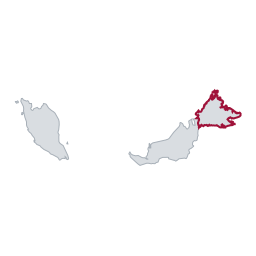 Sabah highlighted on a map of Malaysia
{"feature_id": "MYS-1186", "entity_name": "Sabah", "entity_type": "State", "adm_level": 1, "iso_a3": "MYS", "parent_name": "Malaysia", "parent_adm1": "", "projection": "mercator", "projection_center": [117.356, 5.751], "detail": "fine", "context": "in_parent", "style": "outline", "palette": "rose", "viewbox_px": 256, "rotation_deg": 0, "n_neighbors": 0, "source": "natural_earth", "source_scale": "10m", "svg_char_len": 9058}
<svg xmlns="http://www.w3.org/2000/svg" viewBox="0 0 256 256"><path d="M221.1,127.4L219.7,127.1L217.7,125.9L215.7,125.5L209.8,125.4L209.0,125.1L207.8,125.8L205.8,125.2L204.6,125.2L203.3,126.0L201.4,125.3L200.5,126.4L199.4,127.1L198.1,130.0L197.8,133.5L198.1,135.7L197.5,136.9L197.2,139.4L196.8,140.4L195.1,140.9L194.4,140.5L192.9,142.0L192.6,142.7L192.5,145.0L193.6,145.8L193.6,146.3L191.2,148.3L189.1,149.4L188.8,150.4L189.6,152.5L189.3,153.5L188.2,154.0L187.3,156.7L186.4,158.4L186.0,158.6L184.5,158.1L179.0,158.8L177.3,160.2L175.8,161.1L174.5,160.3L173.9,160.3L168.7,158.8L168.5,157.5L168.0,157.3L162.6,157.4L159.3,158.8L158.0,162.1L156.3,162.5L154.9,163.7L152.6,163.5L151.2,163.8L149.0,163.3L146.8,163.2L140.0,165.4L137.8,163.8L131.2,157.8L130.2,156.7L130.0,154.9L129.3,154.5L129.0,154.1L128.9,153.5L129.9,152.0L131.0,153.9L132.6,155.0L135.5,155.8L138.2,155.5L141.9,157.5L143.2,157.8L144.5,157.7L146.8,159.2L148.2,159.3L146.3,158.2L146.0,157.4L146.2,156.5L147.4,155.3L147.6,153.4L148.5,151.6L148.7,150.7L148.1,150.0L147.9,148.9L148.4,147.3L149.7,148.1L150.8,147.9L150.7,145.0L151.5,143.8L152.8,142.9L165.6,140.0L167.7,139.3L169.1,138.5L173.7,132.3L179.2,126.5L180.0,124.5L179.9,123.0L180.2,122.7L180.8,122.5L182.0,123.3L182.7,123.8L183.8,126.3L184.9,126.4L186.7,128.8L187.1,129.1L187.6,128.9L189.0,127.4L189.4,126.3L189.1,126.1L189.7,124.8L189.2,124.0L188.7,121.1L191.9,119.0L191.9,121.4L192.8,124.8L194.4,125.3L195.2,125.1L194.8,124.1L194.6,122.0L194.2,120.7L193.2,119.0L195.9,118.6L197.9,116.7L198.2,115.6L196.9,114.9L196.4,114.0L196.4,113.1L198.5,110.9L198.7,111.5L200.1,111.7L200.7,111.6L201.6,110.7L202.1,109.5L203.7,107.6L204.6,104.8L208.7,100.3L212.0,94.8L212.6,95.3L212.8,96.7L212.1,99.3L213.5,98.7L216.0,95.1L217.4,95.7L217.3,96.7L217.9,98.5L221.9,100.8L222.5,103.1L221.6,104.0L221.9,106.3L221.6,107.0L220.3,107.6L223.9,107.0L226.0,105.7L227.3,107.9L225.2,108.7L225.7,109.7L227.7,109.1L228.9,108.4L230.0,108.5L231.9,109.4L232.5,109.9L232.8,111.0L234.2,111.4L237.0,112.9L239.5,112.9L240.4,113.6L240.3,115.5L239.0,116.7L233.7,118.2L232.3,118.2L230.4,117.6L229.0,117.9L228.1,119.8L229.7,121.6L232.5,123.5L232.8,124.0L232.3,125.0L226.1,126.4L224.8,126.3L222.5,125.4L221.1,127.4ZM20.8,101.2L21.4,98.5L22.4,98.4L23.4,99.9L26.6,101.1L27.6,100.7L28.1,101.0L28.5,101.4L29.4,103.5L31.5,103.5L31.8,106.8L30.8,108.1L30.7,108.9L32.2,110.5L33.1,110.1L33.8,108.7L37.3,107.4L38.7,108.8L40.0,108.8L40.9,108.3L41.6,106.5L43.0,105.2L43.5,103.5L45.5,103.9L46.3,104.3L48.5,107.9L51.4,110.4L53.6,111.8L55.0,113.1L58.6,119.5L59.1,121.6L59.2,124.8L58.7,129.6L58.0,132.0L58.1,133.1L59.1,134.8L58.8,136.5L58.9,141.6L60.0,143.4L63.2,145.6L67.8,155.5L68.6,158.3L68.2,159.3L67.3,159.6L66.6,159.1L66.2,157.7L65.1,156.6L65.2,158.6L63.2,158.3L61.8,158.6L60.2,160.0L59.4,160.0L57.9,157.5L52.7,154.7L50.7,154.0L48.7,151.8L44.0,149.5L41.1,147.2L39.9,145.7L36.9,144.5L35.6,143.0L34.3,142.1L35.0,140.7L34.3,137.9L32.2,135.4L31.2,133.6L29.2,131.9L27.6,129.7L28.5,129.1L27.0,126.7L26.5,125.0L26.5,121.8L24.9,117.3L23.5,111.0L23.7,108.8L23.4,106.5L20.8,101.2ZM216.1,92.8L215.4,93.4L215.3,91.7L216.2,90.8L217.6,90.7L217.6,92.2L217.3,92.6L216.1,92.8ZM17.7,100.9L18.5,102.1L17.9,102.9L17.4,102.7L16.5,103.2L15.5,102.0L15.4,101.5L16.5,101.6L17.7,100.9ZM150.1,147.5L149.8,147.7L149.2,147.3L149.1,143.8L149.5,143.5L150.0,144.2L150.1,147.5ZM23.3,113.1L22.4,114.7L21.6,114.6L21.8,112.7L22.2,112.4L23.3,113.1ZM224.7,127.2L223.1,127.4L222.0,127.4L222.1,126.4L222.6,126.3L224.7,127.2ZM67.9,143.9L67.0,143.9L66.8,143.5L67.4,142.3L67.9,143.9ZM34.6,141.0L34.0,141.2L34.0,140.4L34.5,140.1L34.6,141.0Z" fill="#d9dde1" stroke="#a8b0b8" stroke-width="1"/><path d="M209.8,125.5L209.7,125.5L209.2,124.8L208.6,125.3L208.7,125.6L208.4,125.7L208.2,125.7L207.9,126.0L207.5,125.9L207.2,125.2L206.9,125.2L206.6,124.9L205.7,125.2L204.5,125.0L204.3,125.4L203.3,126.2L203.1,126.1L202.8,125.5L202.4,125.4L201.7,125.3L201.5,124.9L201.4,124.8L201.1,125.0L201.0,125.4L200.9,126.1L200.5,126.5L200.4,126.7L200.3,126.8L200.0,126.6L199.3,127.2L199.1,127.3L198.9,127.6L198.8,127.2L198.8,126.8L199.2,126.1L199.3,125.6L199.0,125.2L198.5,125.0L198.3,124.9L198.3,124.2L198.0,123.6L198.0,122.7L198.4,121.8L198.5,121.0L198.9,120.5L199.1,119.8L198.9,118.5L198.7,118.3L197.5,118.4L196.4,118.3L197.1,117.5L197.7,117.3L198.0,117.0L198.1,115.9L198.5,115.4L198.4,115.2L198.0,115.4L197.6,115.4L197.2,115.2L196.2,114.4L196.2,114.1L195.8,114.3L195.7,114.1L195.9,113.4L196.1,113.1L196.8,112.6L197.1,112.2L197.9,111.6L198.3,110.7L198.5,110.5L198.7,110.8L198.3,111.5L198.5,111.8L198.7,111.3L199.1,111.6L199.3,111.7L200.3,111.8L201.0,111.7L201.3,111.4L201.8,110.4L202.1,109.2L203.4,108.3L203.6,108.1L203.8,107.1L204.5,105.9L204.7,105.4L204.5,105.1L204.2,105.2L204.3,104.8L204.8,104.6L205.4,103.8L205.6,103.5L205.9,103.4L206.4,103.6L206.5,103.5L206.4,103.1L205.8,103.2L206.1,103.0L206.3,102.7L206.6,102.7L206.8,102.2L207.0,101.9L208.4,100.8L208.8,100.6L209.0,99.7L209.4,99.5L210.4,98.2L210.5,97.2L210.7,96.8L210.7,96.2L211.0,96.0L211.1,95.8L211.3,95.0L211.4,94.9L211.6,94.6L211.8,94.4L212.0,94.4L212.1,94.7L212.6,95.0L212.8,96.0L212.5,95.8L212.3,96.3L212.8,96.6L212.9,96.8L212.9,97.3L212.7,97.6L212.1,98.6L212.0,99.1L212.0,99.5L212.5,99.6L213.1,99.0L214.2,98.1L214.3,97.6L214.6,97.4L214.7,97.1L215.1,96.7L214.9,95.8L214.9,95.5L215.0,95.4L215.3,95.5L215.5,95.3L215.5,95.2L215.4,95.2L215.4,94.8L215.9,94.9L216.2,94.7L216.7,94.9L217.4,95.3L217.5,95.5L217.4,96.2L217.4,96.3L217.2,96.4L217.2,96.8L217.2,97.0L217.6,97.6L217.7,98.5L217.9,98.9L218.1,99.0L218.7,99.1L219.4,99.8L219.8,100.0L220.0,99.9L220.6,99.1L220.7,99.6L221.0,99.9L220.9,99.9L220.9,100.1L221.2,100.1L221.4,100.3L221.6,100.4L221.9,100.3L222.3,100.6L222.5,101.1L222.7,100.9L222.9,101.1L222.9,101.4L223.1,101.8L222.9,102.1L223.0,102.4L222.8,103.3L222.3,103.3L222.1,103.4L221.5,103.8L221.4,104.0L221.5,104.2L221.7,104.5L221.9,104.9L222.1,105.1L222.2,105.4L222.1,105.5L221.8,105.7L221.8,105.8L221.9,106.0L222.2,106.1L222.3,106.4L222.2,106.6L221.6,107.0L220.2,107.5L219.9,107.8L221.1,107.4L221.9,107.4L222.6,107.3L223.4,107.3L223.5,107.2L223.4,106.9L223.5,106.9L223.9,106.9L224.7,106.8L225.3,106.2L225.7,105.7L226.0,105.5L226.6,106.0L226.6,106.3L226.8,106.4L226.9,107.1L227.4,107.9L227.1,108.3L226.7,108.5L226.4,108.5L226.2,108.4L226.0,108.5L225.3,108.4L225.1,108.5L224.9,108.8L225.1,108.9L225.4,109.8L225.5,109.9L226.6,109.5L226.9,109.7L227.2,109.6L227.5,109.9L227.7,109.7L227.9,109.0L227.8,108.7L228.0,108.5L228.5,108.5L229.0,108.3L229.3,108.3L229.9,108.7L230.2,108.4L230.7,108.6L232.8,110.0L232.6,110.4L232.4,111.3L232.4,111.5L232.5,111.8L232.9,111.1L232.9,110.7L233.2,110.5L233.5,110.5L234.5,111.5L235.0,111.6L235.2,111.8L235.4,112.3L235.5,112.2L236.1,112.4L236.5,112.6L236.7,112.8L236.8,113.1L236.6,113.2L236.7,113.3L237.1,113.3L237.2,113.1L237.1,112.9L237.3,112.8L237.6,112.8L238.1,113.1L238.5,113.1L239.4,112.7L239.6,112.6L240.0,112.9L240.6,113.7L240.6,114.1L240.5,114.7L240.5,115.5L239.7,116.3L239.3,116.6L237.2,117.4L235.0,118.0L234.3,118.3L233.8,118.5L233.3,118.3L232.6,118.1L231.8,118.6L231.7,118.6L230.9,117.6L230.3,117.3L230.2,117.4L229.5,117.8L229.4,117.8L229.3,118.1L228.9,118.0L228.5,118.2L227.6,119.2L227.5,119.4L228.0,119.8L228.5,120.6L229.2,121.3L229.8,121.8L230.4,121.9L230.6,122.3L230.9,122.5L230.9,122.3L231.1,122.3L231.5,122.4L231.6,122.7L231.4,123.1L231.7,123.5L231.8,123.5L232.3,123.2L232.9,123.4L232.8,123.5L233.4,124.2L233.4,124.3L233.2,124.5L232.8,124.4L232.9,124.6L232.8,124.8L232.4,125.1L230.5,125.3L230.2,125.3L230.1,125.2L229.8,125.4L228.8,125.7L227.8,125.8L226.0,126.7L225.8,126.7L224.8,126.4L224.3,126.0L224.0,125.8L223.8,125.5L222.9,125.2L222.6,125.1L222.2,124.4L221.5,124.9L221.5,125.0L221.8,125.8L222.0,126.1L221.9,126.4L221.6,126.7L221.4,126.9L221.7,127.3L221.0,127.5L220.7,127.3L220.2,127.3L219.5,127.2L219.3,127.0L218.6,126.3L217.7,125.9L217.3,125.6L217.0,125.3L216.8,125.2L216.4,125.5L214.3,125.5L213.7,125.4L213.2,125.4L212.3,125.5L211.8,125.4L211.4,125.1L211.2,125.1L210.8,125.4L210.4,125.5L210.1,125.4L209.8,125.5ZM216.2,90.9L217.3,90.6L217.6,90.7L217.8,90.9L217.7,92.1L217.5,92.4L217.4,92.6L217.2,92.5L216.1,92.8L215.7,93.1L215.5,93.5L215.3,93.6L215.2,92.4L215.3,92.1L215.3,91.5L215.7,91.3L216.2,90.9ZM222.6,127.4L221.9,126.9L221.9,126.7L222.0,126.6L222.2,126.4L222.6,126.3L223.5,126.5L223.9,127.0L224.8,127.2L224.9,127.5L223.0,127.5L222.6,127.4ZM219.9,97.4L220.4,98.2L220.3,98.5L219.9,98.9L219.6,98.9L218.9,98.9L218.5,98.7L218.6,98.4L219.3,98.4L219.6,98.2L219.6,97.9L219.2,97.9L219.1,97.7L219.7,97.5L219.9,97.4ZM231.9,121.9L232.0,121.7L232.3,121.7L232.9,121.9L232.9,122.0L232.6,122.1L232.6,122.4L232.3,122.2L232.1,122.4L231.7,122.1L231.3,122.1L231.1,121.9L230.0,121.6L230.9,121.5L231.2,121.3L231.5,121.3L231.7,121.7L231.9,121.9ZM214.6,90.6L214.7,90.8L214.8,91.0L214.8,91.3L214.6,91.5L214.4,91.3L214.2,91.6L214.3,91.8L213.2,92.1L213.4,92.3L213.3,92.5L212.8,92.4L213.4,91.4L214.1,91.2L214.6,90.6ZM233.7,123.6L234.6,123.7L234.7,123.9L234.7,124.1L234.0,124.1L233.7,124.3L233.7,124.0L233.5,123.8L233.4,123.6L233.7,123.6ZM228.5,108.0L228.2,108.4L227.9,108.3L227.9,108.2L228.1,108.0L228.5,108.0Z" fill="none" stroke="#9f1239" stroke-width="2"/></svg>